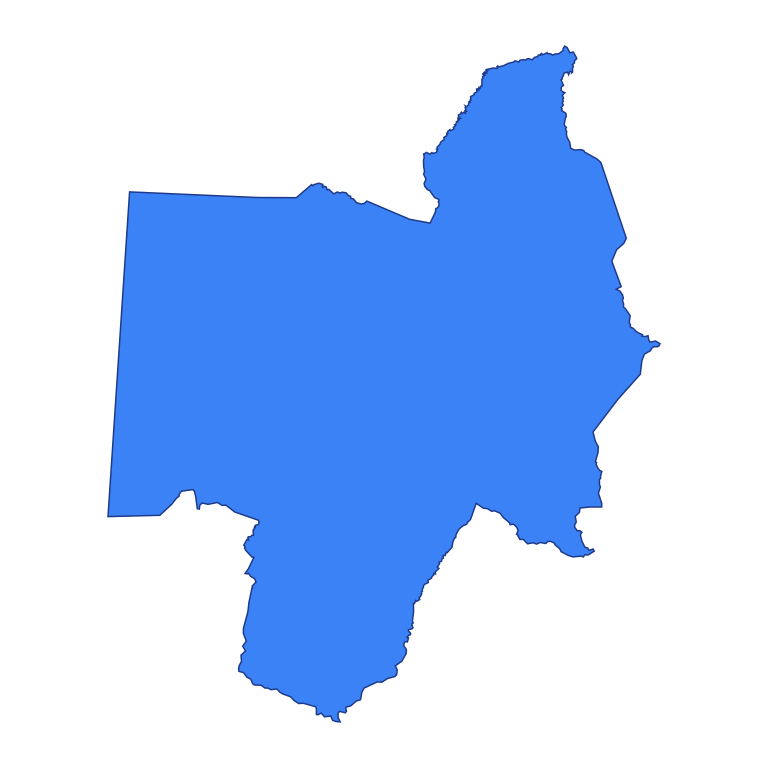 the district of Molumbo, Zambezia, Mozambique
{"feature_id": "85939544B56224707964526", "entity_name": "Molumbo", "entity_type": "district", "adm_level": 2, "iso_a3": "MOZ", "parent_name": "Mozambique", "parent_adm1": "Zambezia", "projection": "robinson", "projection_center": [36.267, -15.679], "detail": "fine", "context": "isolated", "style": "filled", "palette": "blue", "viewbox_px": 768, "rotation_deg": 0, "n_neighbors": 0, "source": "geoboundaries", "source_scale": "gbopen_adm2", "svg_char_len": 6039}
<svg xmlns="http://www.w3.org/2000/svg" viewBox="0 0 768 768"><path d="M541.6,53.4L540.3,54.4L540.5,55.2L538.3,55.1L537.5,56.7L534.4,57.4L532.3,59.8L528.6,58.6L526.7,59.0L525.6,60.2L523.6,59.6L520.0,60.2L518.8,62.0L515.1,60.8L513.4,62.1L508.3,63.4L503.0,65.9L498.6,66.9L497.7,65.9L496.9,66.7L497.5,67.8L496.9,68.4L493.2,68.0L486.1,69.6L486.1,70.4L487.5,70.8L485.9,71.7L486.7,72.8L485.2,72.4L485.1,74.5L484.0,74.6L483.9,72.7L482.8,74.1L484.5,75.5L482.7,76.4L482.9,78.3L481.9,79.3L481.9,86.2L480.5,86.2L480.1,88.6L479.4,88.9L479.7,87.8L478.9,87.5L478.7,90.2L477.5,89.5L477.8,88.8L476.5,89.1L476.9,91.9L474.1,93.3L474.2,94.7L470.6,96.6L470.9,99.8L470.3,99.7L470.1,101.2L469.1,101.7L469.9,102.3L468.9,102.5L468.4,105.1L466.6,106.6L465.3,105.9L465.9,107.0L465.1,107.7L466.0,109.1L464.8,110.9L466.3,111.3L465.1,112.0L465.4,113.2L463.5,112.5L462.2,113.5L461.3,112.3L460.4,114.1L458.4,115.0L458.5,116.5L460.4,118.2L457.8,118.2L458.0,119.2L459.3,119.1L458.8,120.3L457.9,120.5L457.7,121.9L456.5,121.6L455.8,124.5L454.7,124.8L455.5,125.7L453.4,127.4L453.9,129.1L450.4,130.7L449.9,129.6L447.8,131.4L447.4,132.8L446.8,132.2L447.7,133.4L446.8,133.7L446.8,135.6L443.9,137.4L444.2,139.4L440.7,142.1L439.8,144.5L437.1,147.1L437.5,149.1L436.5,149.3L437.4,150.9L435.9,152.6L433.4,153.3L431.8,152.6L430.0,154.3L426.4,152.4L424.2,154.0L423.7,153.2L424.2,157.6L423.5,160.2L423.7,166.7L424.5,171.1L423.7,174.3L426.0,179.1L424.1,183.6L424.8,186.4L427.6,189.8L429.7,190.6L434.6,197.5L438.7,199.4L439.0,200.6L438.2,201.8L439.0,203.3L438.9,205.9L437.5,207.8L435.8,208.6L435.4,212.0L430.1,223.1L409.6,219.3L366.9,201.1L364.2,203.4L361.5,204.1L356.6,202.7L353.3,198.8L350.9,198.5L350.6,196.3L348.5,195.6L346.1,192.8L342.0,192.2L339.9,193.0L337.3,192.0L333.7,193.9L328.9,189.4L327.1,189.9L326.4,187.2L324.5,186.3L322.9,187.4L322.2,186.3L323.0,185.1L322.6,184.3L318.8,183.2L313.7,184.7L312.8,185.7L311.6,184.6L296.3,197.7L256.8,197.5L129.6,191.9L108.0,516.6L159.8,515.3L171.8,504.2L176.4,498.3L179.1,496.1L179.2,494.3L181.4,491.2L192.9,489.6L194.3,490.9L195.7,496.5L197.3,508.7L199.3,509.1L199.8,505.2L202.1,503.0L208.1,504.3L217.5,502.5L222.1,505.4L225.8,505.1L234.8,512.0L258.6,520.3L258.9,523.7L257.7,524.8L255.6,525.2L255.2,527.3L254.6,526.7L253.6,530.2L253.1,530.2L253.4,535.3L251.6,535.4L250.7,536.8L248.4,536.7L247.8,537.6L248.6,540.0L246.9,539.5L243.8,545.2L245.1,546.7L244.6,548.2L246.2,550.9L251.9,557.0L253.9,557.4L248.5,568.6L245.1,573.5L247.3,573.9L248.3,573.2L250.6,576.3L254.7,578.8L256.0,582.1L252.2,586.1L252.6,587.9L252.0,588.0L249.0,602.1L247.9,611.7L243.4,628.6L243.4,633.5L246.3,641.1L242.7,646.1L245.5,650.9L241.0,655.2L241.5,661.3L239.2,665.7L238.6,668.7L238.9,671.3L243.5,672.6L247.1,677.3L250.8,679.2L252.6,683.6L254.1,684.9L261.3,685.3L264.8,688.0L267.9,688.1L271.2,689.7L276.8,688.9L279.8,692.2L283.1,694.1L290.5,696.7L293.9,700.3L298.6,703.5L303.4,703.3L315.7,706.7L316.4,708.7L316.4,714.5L318.0,714.7L321.2,713.1L324.5,716.8L330.7,716.1L332.6,720.2L335.8,721.5L340.2,721.9L338.0,717.2L338.2,712.7L339.7,711.4L345.3,712.8L346.5,711.4L345.7,708.3L346.2,707.1L350.7,705.9L356.4,701.0L360.5,699.7L361.8,692.4L364.0,688.1L377.3,681.9L382.0,682.1L387.4,678.6L395.1,676.4L396.7,674.6L397.2,669.8L395.3,665.8L401.8,661.2L406.2,653.5L406.4,649.6L403.7,645.5L404.3,642.5L405.4,641.6L407.4,641.9L408.5,637.9L406.9,637.3L408.7,635.3L410.4,634.7L410.6,633.2L408.4,630.9L408.5,629.7L412.2,628.8L413.0,627.6L411.7,624.4L413.2,622.9L412.4,621.2L413.6,611.6L413.4,603.5L414.5,603.5L415.7,600.5L416.8,601.3L419.8,599.5L419.0,597.2L420.3,596.7L421.7,594.0L421.4,592.1L422.4,591.3L422.3,589.0L423.5,587.4L423.4,585.7L425.0,584.1L428.3,582.5L427.8,580.3L431.5,578.2L431.8,576.7L433.6,575.2L433.7,573.4L435.5,573.9L435.3,572.0L438.9,568.4L437.3,567.1L439.6,563.5L439.2,562.0L441.5,561.3L441.9,558.9L443.3,558.2L443.1,555.4L445.2,555.5L446.1,552.3L447.0,552.8L452.0,547.3L452.8,542.1L454.5,538.2L455.7,537.5L456.1,534.4L459.2,528.9L462.8,525.9L466.7,524.2L467.4,522.5L470.5,519.5L476.2,503.3L483.6,508.3L487.4,508.6L491.5,511.2L494.6,510.8L500.2,513.3L503.5,517.7L509.7,522.9L510.1,524.7L513.6,524.2L516.5,527.0L518.2,530.3L516.5,534.4L518.2,535.2L518.1,536.1L519.9,539.4L523.2,539.4L527.6,543.8L533.1,542.8L536.6,544.1L540.1,542.5L545.8,543.5L547.7,541.5L550.4,541.3L554.4,543.1L555.1,544.9L559.8,548.8L561.1,551.7L567.8,555.2L572.8,556.9L580.8,556.2L583.4,556.9L584.7,554.8L588.1,555.0L594.2,551.2L593.1,549.0L589.0,550.4L587.7,548.0L584.8,547.1L581.8,540.9L580.5,535.6L580.6,534.1L581.9,532.3L579.8,530.6L577.3,530.8L574.5,527.0L575.1,523.4L576.0,522.9L576.2,521.5L575.2,516.3L579.4,512.4L580.0,508.0L589.7,507.0L601.7,507.0L601.7,503.3L598.4,493.2L600.4,486.9L599.5,484.9L599.4,479.7L600.7,478.2L600.4,476.7L601.8,471.4L599.8,470.6L598.0,468.3L596.0,464.0L596.6,462.7L595.4,461.5L598.0,452.7L598.3,446.7L595.4,441.4L593.0,432.0L617.8,399.4L640.3,374.2L641.9,360.6L644.4,354.1L650.4,350.7L651.9,348.1L653.9,346.7L657.5,346.7L659.0,345.9L660.0,343.7L655.5,341.0L650.2,342.2L648.8,340.2L648.0,335.7L645.2,336.6L641.9,336.1L642.5,334.8L636.6,331.9L633.3,328.4L630.4,327.1L630.4,324.6L629.2,322.5L630.2,315.7L625.2,308.4L623.5,307.2L623.6,303.9L622.5,300.8L623.3,297.9L622.6,295.1L620.1,291.2L616.2,289.2L621.2,286.6L611.8,261.2L616.6,249.7L623.8,243.4L626.3,238.3L600.9,162.5L597.0,159.0L584.6,152.1L583.7,150.5L580.7,149.6L574.7,150.1L570.7,148.3L569.7,142.3L567.1,137.4L566.4,134.2L566.7,131.6L565.5,129.4L566.4,127.3L564.6,125.8L564.3,123.9L565.4,117.8L566.2,116.9L566.2,114.6L565.6,113.1L561.5,110.4L562.1,108.9L561.1,107.8L563.3,104.9L562.2,102.9L563.2,101.5L562.8,98.9L563.5,98.4L562.4,95.1L564.9,92.7L562.4,91.7L561.0,90.0L561.5,86.7L563.5,85.4L561.0,79.8L562.2,79.0L562.2,77.1L563.1,76.3L564.0,73.1L567.6,72.1L568.6,74.7L570.0,71.3L571.7,71.5L571.6,72.9L572.6,72.0L572.5,68.2L573.4,66.4L572.3,64.8L574.4,63.0L574.6,60.5L576.6,58.9L576.6,58.0L573.3,52.0L569.9,52.8L567.1,47.5L564.7,46.1L563.1,48.6L563.0,50.6L558.7,53.8L554.9,54.0L552.8,55.2L551.1,54.0L546.8,53.4L546.9,52.8L542.8,54.8L541.6,53.4Z" fill="#3b82f6" stroke="#1e3a8a" stroke-width="1.5"/></svg>